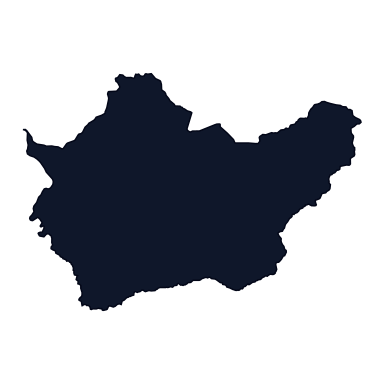 outline of Atsabe, Ermera, East Timor
{"feature_id": "22284137B3640160656935", "entity_name": "Atsabe", "entity_type": "district", "adm_level": 2, "iso_a3": "TLS", "parent_name": "East Timor", "parent_adm1": "Ermera", "projection": "orthographic", "projection_center": [125.398, -8.932], "detail": "fine", "context": "isolated", "style": "filled", "palette": "ink", "viewbox_px": 384, "rotation_deg": 0, "n_neighbors": 0, "source": "geoboundaries", "source_scale": "gbopen_adm2", "svg_char_len": 5936}
<svg xmlns="http://www.w3.org/2000/svg" viewBox="0 0 384 384"><path d="M332.9,173.4L334.8,172.7L336.8,170.3L338.6,170.0L339.7,169.3L340.0,167.2L340.4,166.3L346.5,165.0L349.2,165.2L350.0,164.6L350.4,163.9L350.3,159.0L350.9,158.0L354.2,155.9L354.7,154.5L354.3,151.4L354.7,150.0L354.6,147.6L353.9,147.2L352.9,145.3L352.2,143.0L353.5,137.4L353.4,135.9L351.5,133.5L351.1,132.4L350.9,128.3L354.3,126.3L356.8,124.0L359.4,123.8L361.0,122.3L360.7,120.9L359.7,119.6L355.5,117.6L353.3,116.0L352.7,115.1L352.0,110.6L350.0,109.5L348.4,109.6L347.5,109.1L346.0,106.9L342.6,106.7L340.3,105.4L336.1,104.9L330.3,103.5L326.6,102.4L324.5,101.5L321.9,101.7L320.0,103.2L317.7,104.1L314.9,104.6L314.2,105.1L312.7,107.4L310.9,109.1L309.5,111.5L308.8,112.9L308.6,115.5L307.2,118.5L305.5,118.1L304.3,118.5L300.7,118.3L299.7,118.6L298.3,119.9L297.7,121.4L296.3,122.0L295.3,123.7L294.5,124.3L290.9,125.0L290.1,125.9L289.5,127.7L288.9,128.3L288.1,128.6L286.8,128.5L286.1,128.1L284.2,129.6L280.9,130.0L277.3,133.0L275.1,132.8L273.8,133.1L271.5,132.7L265.8,134.8L262.8,134.5L259.8,136.5L259.3,137.4L259.4,138.2L259.9,140.6L259.7,141.4L258.2,143.5L255.9,143.6L248.3,143.0L235.4,143.0L234.8,142.7L233.5,139.6L227.3,133.2L220.7,127.3L220.2,126.7L220.1,124.3L219.5,124.0L216.9,124.1L214.8,124.8L199.4,131.0L192.5,131.1L190.5,132.0L189.7,131.9L187.7,130.6L187.0,129.4L187.1,128.3L191.8,112.8L190.7,111.9L187.3,110.9L184.4,108.9L183.2,108.7L182.2,107.4L181.3,107.3L180.1,106.2L175.0,106.0L174.3,104.4L169.9,100.7L168.7,98.5L166.1,95.4L165.6,93.6L164.7,92.1L161.9,90.1L161.6,89.2L161.4,84.4L160.6,81.5L160.0,80.7L155.5,78.6L151.3,73.7L147.8,74.2L145.9,73.8L145.1,74.2L144.3,75.8L142.3,76.4L140.2,75.8L138.7,74.1L136.8,74.6L135.9,74.2L135.2,75.3L134.5,77.8L133.5,78.3L130.9,77.5L126.3,77.6L124.4,76.7L122.8,75.1L119.8,74.7L118.0,77.2L116.8,78.0L116.0,78.0L115.4,78.9L116.0,81.4L117.3,82.2L117.9,83.0L119.7,86.4L119.6,87.8L116.6,91.2L108.7,91.6L108.2,92.0L107.8,93.1L107.6,94.1L108.7,98.0L108.5,99.9L106.8,107.9L105.1,112.0L105.1,113.0L104.6,113.6L101.6,115.3L96.2,117.2L94.8,119.4L93.7,120.4L88.8,123.3L88.0,124.6L85.1,127.2L82.6,132.3L81.1,133.6L78.9,134.1L78.1,135.0L75.3,139.7L74.4,140.6L67.5,143.1L66.6,143.8L63.2,148.6L62.4,148.9L61.6,148.7L58.1,146.9L54.7,146.6L51.8,146.0L46.4,146.2L44.0,145.2L36.9,144.1L33.3,141.8L32.4,140.7L31.7,137.3L26.6,130.5L25.3,129.5L23.0,129.6L24.9,130.1L26.6,131.4L27.5,133.0L27.2,140.2L28.2,145.0L27.5,149.7L27.0,150.2L26.8,151.2L27.5,153.9L30.0,155.6L34.1,157.0L37.0,159.0L39.5,161.3L40.7,162.7L44.6,168.4L46.3,172.1L52.3,178.8L52.9,180.0L53.3,181.8L52.9,184.5L50.6,187.9L48.9,188.9L47.7,188.9L46.1,188.4L44.3,188.9L42.5,191.6L41.0,194.9L38.7,197.2L36.7,202.5L33.9,206.1L33.3,208.6L34.0,211.7L31.9,215.0L30.1,216.9L29.7,218.3L30.0,219.3L30.4,220.0L31.2,220.4L32.6,220.6L37.6,217.4L38.4,217.7L40.0,219.3L42.0,222.4L42.0,223.0L40.3,225.8L40.3,226.3L41.0,226.9L42.2,226.4L42.9,225.8L43.7,226.1L44.0,226.7L44.0,228.3L42.2,232.2L40.3,232.2L38.5,232.9L38.2,233.5L39.3,235.6L39.8,236.0L43.9,236.8L46.4,234.1L47.2,233.8L49.0,234.0L50.2,235.2L51.0,235.5L51.9,238.4L51.8,242.5L52.6,245.1L51.2,247.0L51.1,248.7L52.9,249.9L54.9,250.6L55.4,251.2L55.9,253.2L59.7,255.2L60.3,256.6L62.9,257.8L62.9,258.6L65.8,259.7L66.8,261.2L67.9,260.9L68.9,261.2L69.7,262.2L70.7,262.4L71.2,262.8L71.0,263.7L72.3,265.2L73.4,267.9L73.2,270.3L74.2,270.9L73.9,271.7L73.9,273.1L74.5,274.9L77.6,275.6L76.9,276.6L76.2,279.6L78.2,281.2L77.9,283.8L79.7,284.4L80.8,285.5L80.8,288.4L82.1,292.6L82.0,295.2L81.6,296.4L79.8,298.0L79.0,299.2L78.9,299.9L79.2,300.3L81.0,301.2L81.4,301.6L82.1,305.7L82.8,305.5L83.5,304.6L85.0,304.5L86.4,304.9L86.8,305.5L87.8,305.4L89.2,305.9L90.2,307.5L90.5,309.2L91.3,309.5L92.9,308.8L96.2,308.9L98.5,308.2L100.4,308.7L101.7,308.5L102.2,309.9L102.8,310.3L103.7,310.3L106.3,309.7L107.2,309.2L108.6,306.1L110.3,306.0L113.3,307.0L115.1,306.3L117.4,304.3L119.3,303.8L121.2,304.5L122.1,301.1L124.3,300.0L126.7,297.6L128.3,297.2L129.1,296.5L130.7,296.3L131.5,295.7L133.7,295.1L134.0,292.7L134.9,291.7L135.5,291.6L137.3,292.4L138.9,291.7L139.8,291.7L142.0,290.1L143.6,290.3L144.1,291.0L145.4,291.6L148.9,290.5L151.2,290.9L155.0,290.6L156.2,289.5L157.3,289.1L158.2,288.1L160.0,287.5L165.8,287.5L166.3,287.2L167.9,287.5L171.0,286.6L172.2,287.2L173.2,286.7L174.1,285.6L176.8,285.3L177.5,283.6L178.7,283.5L180.6,285.1L181.7,285.0L183.1,285.4L184.5,284.7L185.0,284.9L187.2,283.6L187.4,283.0L188.0,282.7L190.8,282.4L193.1,280.3L199.3,280.3L200.6,279.8L201.6,278.8L205.2,277.5L206.3,277.4L207.6,277.9L208.9,277.3L209.9,277.2L211.5,278.6L215.0,279.0L216.2,279.6L220.3,282.6L222.2,282.8L222.7,284.4L225.0,284.8L226.1,285.4L226.8,287.0L229.7,287.9L233.2,289.6L234.8,289.9L235.1,290.3L236.9,290.4L238.1,290.0L238.6,290.3L239.6,290.0L240.6,288.6L242.2,288.9L242.9,288.4L243.4,286.9L245.2,286.4L247.3,284.4L248.0,284.0L248.6,284.6L249.5,284.5L252.5,282.3L255.0,281.9L255.8,280.9L257.7,280.3L257.9,279.8L260.4,279.5L261.2,278.9L262.3,277.6L264.2,276.8L265.4,275.8L267.4,276.2L267.9,275.6L270.1,274.2L273.0,274.5L274.3,274.0L275.2,273.1L275.0,272.6L275.9,271.5L276.7,269.4L275.7,264.7L276.0,263.0L276.9,262.4L278.6,262.2L279.4,261.6L281.4,259.3L283.3,256.0L284.6,255.7L286.3,252.1L286.1,250.4L285.4,250.1L284.5,248.9L283.9,246.4L282.5,244.7L281.3,242.2L281.0,240.5L281.2,238.8L281.0,238.3L279.1,236.1L278.0,233.9L278.0,233.1L279.7,231.7L282.4,231.2L283.4,229.2L284.4,228.1L285.1,225.3L285.8,223.8L287.6,221.7L289.5,218.5L290.9,217.6L292.0,216.5L292.0,215.4L292.4,214.4L293.1,214.2L293.9,214.5L294.9,213.4L297.0,212.6L298.7,211.0L299.1,210.0L300.0,209.0L302.7,208.0L302.9,207.3L305.4,205.8L305.4,205.1L306.9,204.9L307.9,204.3L308.7,204.2L311.6,205.7L314.8,205.8L315.9,205.5L316.3,204.8L315.4,202.1L315.3,200.6L315.6,200.2L319.5,198.7L320.1,198.0L322.0,193.5L325.7,192.8L326.8,191.4L328.9,190.2L329.9,188.8L330.4,184.6L329.6,183.8L328.9,182.4L329.1,181.3L328.7,179.5L328.9,177.8L330.1,175.0L331.8,174.6L332.9,173.4Z" fill="#0f172a" stroke="#020617" stroke-width="1.5"/></svg>